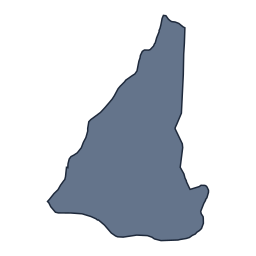 outline of Santa María Chiquimula, Totonicapán, Guatemala
{"feature_id": "79465075B31639983176614", "entity_name": "Santa María Chiquimula", "entity_type": "district", "adm_level": 2, "iso_a3": "GTM", "parent_name": "Guatemala", "parent_adm1": "Totonicapán", "projection": "equal_earth", "projection_center": [-91.316, 15.037], "detail": "fine", "context": "isolated", "style": "filled", "palette": "slate", "viewbox_px": 256, "rotation_deg": 0, "n_neighbors": 0, "source": "geoboundaries", "source_scale": "gbopen_adm2", "svg_char_len": 1582}
<svg xmlns="http://www.w3.org/2000/svg" viewBox="0 0 256 256"><path d="M47.5,201.5L48.8,202.8L50.8,206.8L55.4,212.2L58.3,212.9L71.0,213.0L82.1,213.8L90.9,216.5L95.8,218.7L97.5,220.0L98.5,220.0L104.4,225.0L111.3,233.0L115.6,236.0L117.6,236.8L123.2,237.1L136.7,235.1L147.4,235.6L152.0,237.2L154.4,238.9L161.0,240.6L178.1,240.0L180.0,239.5L186.1,238.5L189.4,237.5L192.3,235.4L195.3,234.0L196.9,232.2L199.5,230.5L201.5,228.5L203.4,223.3L203.3,218.4L203.1,216.7L201.2,213.7L200.7,211.4L203.8,203.4L205.5,200.4L205.6,199.5L206.9,197.8L208.5,192.3L208.5,190.2L207.1,187.2L206.4,186.2L204.9,185.4L201.0,185.3L199.2,186.6L190.1,189.4L189.0,187.2L186.5,181.9L186.3,180.7L185.0,178.1L183.9,173.9L180.2,167.3L182.7,147.6L182.5,145.7L182.3,143.8L175.1,128.8L175.2,127.6L176.8,124.1L181.4,113.2L183.3,74.5L183.7,54.1L184.4,42.9L184.9,27.8L183.1,26.9L178.8,23.4L175.1,22.0L171.7,21.6L170.3,20.8L168.4,19.2L165.9,15.7L163.4,15.4L162.1,18.5L161.0,24.3L160.0,28.4L159.1,30.4L159.1,31.7L156.6,37.9L155.2,43.0L154.6,43.6L154.1,44.7L153.6,46.0L150.2,49.6L148.7,50.1L144.4,50.0L142.3,51.4L140.4,55.4L140.0,58.0L138.9,61.2L137.0,70.9L134.8,74.0L132.4,75.5L125.7,80.2L124.6,81.8L120.7,85.7L120.2,86.2L118.1,88.7L114.3,95.8L112.1,99.2L106.0,106.4L105.5,107.0L103.5,109.2L100.4,112.5L90.8,119.6L88.8,121.7L87.7,128.4L87.7,131.2L85.9,137.6L83.4,142.3L81.3,147.8L77.2,152.9L74.0,155.0L71.0,156.6L69.2,159.0L68.0,163.8L67.8,167.7L66.5,167.3L65.5,176.7L64.8,179.5L63.5,181.1L60.6,185.1L58.0,189.7L54.0,193.6L52.0,196.1L49.4,199.4L48.0,200.9L47.5,201.5Z" fill="#64748b" stroke="#1e293b" stroke-width="1.5"/></svg>